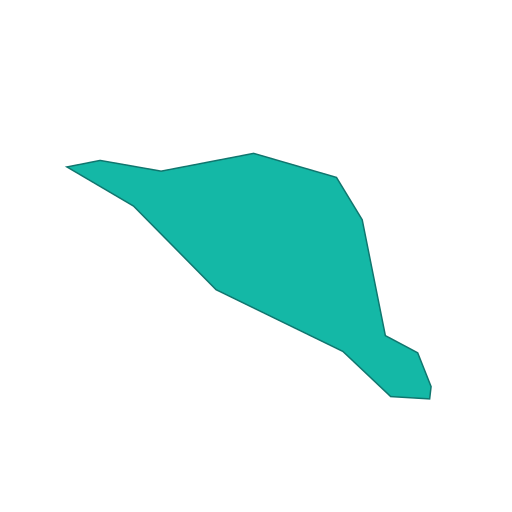 SVG path tracing the border of Heard Island and McDonald Islands, rotated 196°
{"feature_id": "HMD", "entity_name": "Heard Island and McDonald Islands", "entity_type": "country or territory", "adm_level": 0, "iso_a3": "HMD", "parent_name": "Seven seas (open ocean)", "parent_adm1": "", "projection": "robinson", "projection_center": [73.51, -53.075], "detail": "fine", "context": "isolated", "style": "filled", "palette": "teal", "viewbox_px": 512, "rotation_deg": 196, "n_neighbors": 0, "source": "natural_earth", "source_scale": "50m", "svg_char_len": 347}
<svg xmlns="http://www.w3.org/2000/svg" viewBox="0 0 512 512"><g transform="rotate(196 256 256)"><path d="M370.6,311.4L286.6,354.0L200.3,353.7L163.9,320.1L109.7,215.1L73.9,207.5L51.7,178.7L49.7,166.5L87.8,158.0L146.1,188.2L285.1,212.6L387.4,270.2L462.3,289.5L432.2,304.9L370.6,311.4Z" fill="#14b8a6" stroke="#0f766e" stroke-width="1.5"/></g></svg>